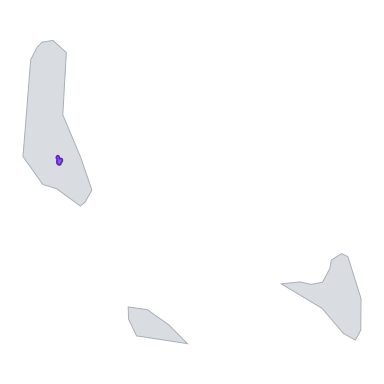 Kartala, Andjazîdja, Comoros shown in context
{"feature_id": "10938185B58200193875213", "entity_name": "Kartala", "entity_type": "district", "adm_level": 2, "iso_a3": "COM", "parent_name": "Comoros", "parent_adm1": "Andjazîdja", "projection": "natural_earth1", "projection_center": [43.364, -11.764], "detail": "fine", "context": "in_parent", "style": "filled", "palette": "violet", "viewbox_px": 384, "rotation_deg": 0, "n_neighbors": 0, "source": "geoboundaries", "source_scale": "gbopen_adm2", "svg_char_len": 1884}
<svg xmlns="http://www.w3.org/2000/svg" viewBox="0 0 384 384"><path d="M85.2,202.0L80.3,206.0L56.5,188.7L43.0,184.6L23.0,156.6L30.7,59.7L37.1,47.3L41.9,42.2L52.9,40.4L66.3,52.5L62.8,114.9L80.5,156.9L91.9,190.1L85.2,202.0ZM347.9,256.7L361.0,298.5L360.8,330.1L355.3,340.1L343.6,333.6L322.1,308.4L281.3,283.9L300.0,281.9L311.0,284.4L322.6,282.2L329.9,268.4L331.3,260.1L341.5,253.6L347.9,256.7ZM169.1,325.1L187.4,343.6L136.6,335.9L128.6,319.2L128.2,306.9L147.2,309.6L169.1,325.1Z" fill="#d9dde1" stroke="#a8b0b8" stroke-width="1"/><path d="M58.5,164.8L58.9,165.0L59.1,165.0L59.3,165.0L59.5,165.0L59.6,164.9L59.8,164.8L60.1,164.7L60.3,164.7L60.5,164.6L60.7,164.3L60.8,164.2L60.9,163.9L60.9,163.7L60.9,163.3L60.9,163.0L61.0,162.9L61.0,162.7L61.4,162.5L61.6,162.4L61.7,162.2L61.9,162.0L61.9,161.8L62.0,161.7L62.1,161.4L62.2,161.2L62.3,161.1L62.3,160.9L62.3,160.7L62.4,160.4L62.5,160.2L62.5,159.9L62.4,159.8L62.3,159.6L62.2,159.3L62.2,159.2L61.9,158.8L61.7,158.7L61.4,158.5L61.2,158.5L61.0,158.4L60.8,158.4L60.7,158.4L60.4,158.5L60.2,158.6L59.9,158.9L59.7,158.9L59.5,158.7L59.4,158.5L59.3,158.3L59.3,158.0L59.4,157.8L59.4,157.5L59.3,157.3L59.3,157.1L59.2,156.9L59.1,156.7L59.0,156.4L58.9,156.2L58.6,155.9L58.4,155.8L58.2,155.7L57.9,155.6L57.6,155.6L57.4,155.6L57.1,155.8L57.0,156.0L56.9,156.2L56.9,156.3L56.8,156.5L56.7,156.6L56.5,156.8L56.4,156.9L56.4,157.0L56.2,157.3L56.3,157.7L56.3,157.8L56.3,158.0L56.4,158.3L56.5,158.4L56.7,158.5L56.8,158.6L56.9,158.9L57.0,159.0L57.1,159.3L57.1,159.5L57.3,159.7L57.4,159.9L57.5,160.0L57.4,160.2L57.3,160.3L57.2,160.4L57.2,160.5L56.9,160.5L56.8,160.9L56.8,161.0L56.8,161.3L56.8,161.5L56.9,161.8L57.0,161.9L57.0,162.0L56.9,162.3L56.8,162.6L56.8,162.8L56.8,163.0L57.0,163.4L57.1,163.6L57.3,163.8L57.5,163.8L57.6,164.0L57.8,164.0L58.0,164.3L58.1,164.2L58.2,164.3L58.3,164.3L58.3,164.5L58.5,164.8Z" fill="#8b5cf6" stroke="#5b21b6" stroke-width="1.5"/></svg>